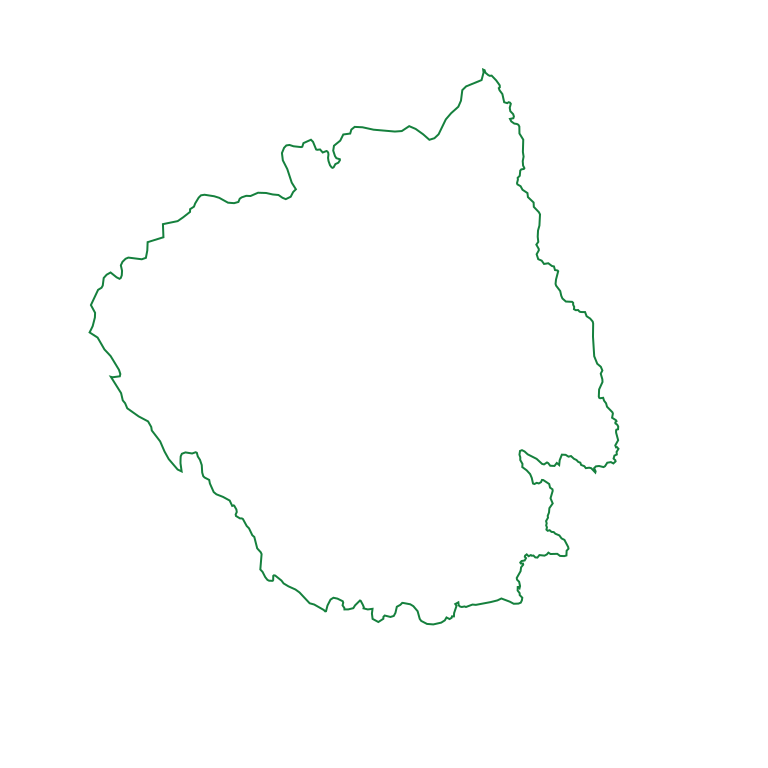 Fandriana, Amoron'i Mania, Madagascar (Robinson projection), rotated 333°
{"feature_id": "10022922B23434626058692", "entity_name": "Fandriana", "entity_type": "district", "adm_level": 2, "iso_a3": "MDG", "parent_name": "Madagascar", "parent_adm1": "Amoron'i Mania", "projection": "robinson", "projection_center": [47.379, -20.289], "detail": "fine", "context": "isolated", "style": "outline", "palette": "green", "viewbox_px": 768, "rotation_deg": 333, "n_neighbors": 0, "source": "geoboundaries", "source_scale": "gbopen_adm2", "svg_char_len": 6166}
<svg xmlns="http://www.w3.org/2000/svg" viewBox="0 0 768 768"><g transform="rotate(333 384 384)"><path d="M397.9,131.9L395.4,138.8L395.4,148.6L393.2,162.7L393.9,170.5L390.2,171.7L385.9,174.8L380.4,174.7L378.1,172.0L375.8,167.7L370.9,164.6L365.7,160.3L358.6,156.4L350.4,155.9L346.7,153.8L342.0,153.1L339.6,153.4L336.9,155.7L332.5,154.8L327.3,151.6L321.7,143.3L317.9,139.6L310.0,133.9L306.6,132.8L303.5,133.8L297.7,137.4L295.2,139.7L290.6,140.2L289.3,142.6L280.7,144.3L274.1,145.2L259.6,141.2L254.1,153.1L237.8,150.3L233.7,157.6L229.1,163.5L224.8,162.9L213.6,155.3L210.6,155.1L206.5,156.4L203.4,158.8L202.0,164.2L199.7,168.1L197.6,170.0L196.1,170.2L194.2,167.6L191.0,160.5L186.5,160.7L182.4,162.3L178.1,168.6L176.0,170.0L172.0,170.3L158.7,180.6L158.9,189.4L156.6,193.5L150.7,200.2L145.1,204.4L149.9,212.6L150.6,226.3L153.1,235.0L154.3,251.0L153.6,255.4L152.1,257.2L145.3,254.8L143.9,253.6L145.6,272.8L143.8,280.0L144.6,283.6L144.2,289.1L150.7,301.5L156.8,310.2L157.1,316.6L156.0,320.0L158.5,333.5L157.8,344.5L158.1,353.2L161.3,366.5L164.0,370.0L166.7,362.2L168.6,358.6L170.0,356.2L172.2,354.4L176.0,354.8L181.5,358.8L185.2,359.3L186.0,360.3L185.2,364.1L185.6,368.0L184.8,373.5L181.8,380.4L181.1,384.1L181.7,385.9L184.7,390.1L183.7,393.6L183.2,403.0L184.6,406.2L189.3,411.5L193.6,417.8L193.4,423.7L195.0,423.9L195.3,424.6L195.5,428.8L194.7,431.2L192.6,432.9L192.2,434.4L194.6,438.3L196.3,439.2L197.0,440.3L197.2,448.2L198.2,451.3L198.0,459.0L199.0,461.4L196.4,472.9L197.8,478.0L197.7,480.0L189.6,493.1L190.5,496.3L190.5,502.1L191.2,505.6L192.3,507.1L195.4,508.8L196.3,508.3L198.2,504.7L199.1,504.5L200.1,505.3L203.4,512.6L204.0,516.1L207.0,520.9L211.8,526.9L214.1,531.4L218.2,545.6L221.7,548.8L227.7,557.9L228.4,559.9L229.2,560.1L233.1,555.7L238.5,551.8L241.9,551.5L245.1,554.1L248.6,558.8L248.4,560.3L246.6,562.4L247.0,565.5L246.4,566.9L249.8,568.6L254.9,569.8L257.7,568.1L264.3,566.0L264.8,566.6L264.9,571.1L264.7,573.7L263.9,574.6L267.2,577.5L271.7,579.1L269.0,583.1L267.2,588.1L270.9,593.5L276.8,592.9L277.8,591.2L279.5,590.6L284.0,594.5L287.4,595.1L290.3,593.1L294.3,588.3L298.3,588.2L300.9,587.3L301.7,587.8L307.4,592.2L309.3,595.3L310.8,601.7L309.2,609.5L309.6,612.0L313.4,617.3L318.8,620.6L326.7,622.6L330.9,622.2L333.7,620.4L335.7,623.2L338.1,623.0L339.1,621.9L340.8,622.8L342.5,619.9L347.9,614.6L347.6,612.4L351.1,612.3L350.1,615.2L350.8,616.9L352.1,618.0L354.8,618.8L355.8,619.9L362.7,620.7L365.6,622.5L379.9,626.7L386.8,628.3L391.2,628.4L397.3,635.1L399.8,638.7L404.1,640.7L406.6,640.9L408.6,639.4L410.2,637.2L409.1,633.7L409.9,631.9L409.3,628.7L411.0,625.6L411.8,625.9L412.1,627.4L413.5,625.8L414.6,621.6L413.7,618.7L414.2,617.1L420.7,612.8L422.9,609.6L426.0,608.2L426.3,607.1L424.4,606.0L424.4,604.9L426.2,604.2L429.2,605.1L431.5,603.6L431.0,601.9L431.8,601.0L433.8,600.6L434.7,603.1L437.2,603.1L437.7,604.1L439.3,604.7L440.1,607.2L441.9,608.3L444.8,607.0L449.1,609.8L451.7,609.8L453.9,608.9L455.2,611.1L461.3,614.0L462.8,617.1L466.5,619.2L468.7,619.6L471.0,615.5L473.6,614.5L474.1,612.8L474.0,604.8L472.1,602.2L471.5,598.5L468.7,595.2L468.0,593.0L466.1,591.8L465.2,589.5L463.2,589.1L462.6,587.5L464.1,585.7L464.3,583.6L465.7,582.0L466.2,579.7L469.4,577.6L470.0,575.8L472.7,573.4L475.0,569.7L480.1,567.0L480.5,561.4L485.8,555.8L486.3,554.3L484.9,551.7L485.8,548.1L482.3,541.9L481.2,541.2L479.4,542.7L476.8,542.9L475.2,541.4L472.6,541.4L471.6,540.3L473.0,534.8L473.3,530.6L471.9,525.6L469.5,520.8L471.1,518.1L470.9,513.6L472.2,511.1L472.6,508.5L474.8,505.4L476.9,505.6L478.6,507.9L480.1,511.9L486.0,520.0L488.6,527.0L490.1,528.3L493.6,527.9L494.4,529.1L495.0,532.3L498.7,534.4L502.1,532.8L503.3,535.7L505.9,531.7L510.4,527.7L513.7,529.6L515.4,532.5L517.9,533.1L519.3,536.9L521.0,539.1L521.7,541.6L523.2,543.2L522.9,545.6L525.2,548.2L525.6,550.6L528.8,551.7L530.4,553.1L532.1,558.8L532.9,557.9L533.0,554.4L535.4,553.6L538.4,554.7L541.9,557.7L543.6,557.6L547.2,555.5L550.7,556.6L552.3,558.9L555.2,558.1L555.5,557.0L554.7,554.7L556.8,552.4L559.4,552.5L560.4,550.1L563.5,548.2L562.9,546.0L562.0,545.8L562.2,543.7L567.1,540.4L568.7,532.8L569.6,530.9L570.3,530.2L572.0,530.6L573.4,528.2L573.3,526.0L572.3,524.2L572.7,523.2L574.3,522.7L574.2,521.5L571.9,517.6L574.5,514.3L574.7,513.0L572.4,505.5L573.1,502.0L572.5,498.7L573.0,495.8L570.1,494.8L569.5,494.0L569.7,492.7L573.2,486.5L579.6,481.4L580.7,478.9L581.8,473.2L584.7,471.1L585.0,467.1L583.2,462.8L583.9,454.7L591.7,436.7L597.8,425.1L598.3,423.1L597.4,419.3L595.3,415.6L595.8,411.2L592.2,409.3L591.1,408.3L590.5,406.2L588.4,405.3L587.2,403.6L588.5,401.6L588.5,399.3L589.4,397.5L588.9,396.2L583.5,393.1L581.8,388.8L582.0,385.8L583.2,381.2L582.0,374.5L582.3,372.7L584.7,369.0L590.4,362.6L590.2,361.7L588.1,360.1L588.8,356.4L587.2,355.1L585.2,351.0L581.1,349.7L580.5,345.7L578.1,342.8L578.9,337.7L582.6,335.2L583.2,333.9L583.0,329.0L586.0,327.4L587.8,322.6L590.9,317.2L594.4,313.4L600.0,303.7L600.0,301.3L597.9,294.2L599.7,290.2L597.1,282.8L598.5,279.0L595.6,273.8L595.5,269.8L593.5,266.7L593.7,265.4L596.1,262.7L596.7,261.0L599.5,260.1L602.3,255.7L603.8,255.1L606.2,255.9L607.1,255.4L607.1,252.5L608.8,248.4L611.6,244.8L613.1,240.3L619.0,229.5L618.4,222.3L621.5,216.0L621.4,214.0L620.4,212.6L618.3,211.1L616.6,207.8L616.6,205.0L619.9,205.9L621.2,204.6L621.6,202.2L620.4,198.3L621.4,195.0L624.2,191.9L624.0,190.5L623.0,189.5L621.3,189.7L619.0,187.5L621.1,179.4L620.3,174.8L620.6,172.5L621.9,172.2L622.7,170.4L621.8,164.4L619.9,158.1L618.1,157.4L617.1,156.0L615.7,152.7L616.1,150.1L615.1,148.9L614.1,151.7L608.9,157.5L592.3,156.1L587.2,157.7L581.2,166.5L576.1,170.7L566.7,173.2L559.2,176.3L546.0,186.3L540.5,187.9L535.3,187.0L532.2,179.2L528.0,171.1L523.5,165.7L514.7,166.7L508.3,164.0L490.2,152.7L481.4,145.5L474.6,141.6L470.4,142.5L467.6,145.5L461.0,143.2L455.5,147.3L447.6,149.0L444.7,153.0L443.8,158.7L444.1,161.2L446.7,163.7L446.3,164.6L443.8,166.1L440.5,166.0L437.6,168.0L436.4,168.1L435.7,167.3L435.2,164.6L435.8,160.1L436.8,157.1L438.7,154.3L439.3,152.5L439.1,151.1L438.5,150.3L434.5,149.9L433.5,146.0L430.8,145.0L430.0,144.2L430.7,136.0L429.8,133.2L421.6,132.8L418.9,135.5L417.7,135.3L411.3,131.1L408.3,128.1L405.3,127.1L402.2,128.2L397.9,131.9Z" fill="none" stroke="#15803d" stroke-width="2"/></g></svg>